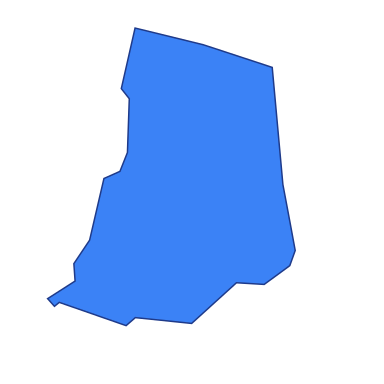 Bor South, Jonglei, South Sudan, rotated 194°
{"feature_id": "79223893B93297305003737", "entity_name": "Bor South", "entity_type": "district", "adm_level": 2, "iso_a3": "SSD", "parent_name": "South Sudan", "parent_adm1": "Jonglei", "projection": "equal_earth", "projection_center": [32.094, 6.474], "detail": "fine", "context": "isolated", "style": "filled", "palette": "blue", "viewbox_px": 384, "rotation_deg": 194, "n_neighbors": 0, "source": "geoboundaries", "source_scale": "gbopen_adm2", "svg_char_len": 458}
<svg xmlns="http://www.w3.org/2000/svg" viewBox="0 0 384 384"><g transform="rotate(194 192 192)"><path d="M216.6,337.6L286.9,337.3L285.6,275.2L275.4,267.3L264.2,214.7L266.9,194.6L280.7,183.8L279.7,120.5L289.3,93.9L283.9,77.3L306.3,53.6L297.8,47.8L294.1,52.8L223.6,46.4L216.6,56.4L160.5,64.4L160.4,64.6L126.9,114.7L99.6,119.8L79.3,144.2L77.7,160.2L88.9,184.8L105.6,221.2L144.3,332.3L216.6,337.6Z" fill="#3b82f6" stroke="#1e3a8a" stroke-width="1.5"/></g></svg>